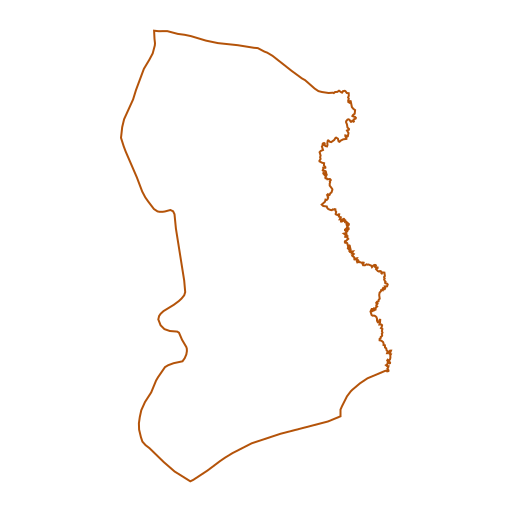 the district of Phrai Bueng, Si Sa Ket, Thailand
{"feature_id": "78962969B56904168691236", "entity_name": "Phrai Bueng", "entity_type": "district", "adm_level": 2, "iso_a3": "THA", "parent_name": "Thailand", "parent_adm1": "Si Sa Ket", "projection": "orthographic", "projection_center": [104.4, 14.768], "detail": "fine", "context": "isolated", "style": "outline", "palette": "amber", "viewbox_px": 512, "rotation_deg": 0, "n_neighbors": 0, "source": "geoboundaries", "source_scale": "gbopen_adm2", "svg_char_len": 6083}
<svg xmlns="http://www.w3.org/2000/svg" viewBox="0 0 512 512"><path d="M190.3,481.3L193.2,479.9L207.4,470.6L220.3,460.9L225.3,457.5L232.5,453.1L251.7,443.3L280.4,433.8L327.9,421.5L340.5,416.3L340.5,409.6L342.0,406.2L347.0,396.3L350.7,391.4L352.4,389.7L360.0,383.3L367.5,378.3L384.6,371.1L386.3,370.6L387.1,371.4L388.4,371.1L388.5,370.3L387.4,368.6L388.2,367.4L388.5,366.2L387.0,366.1L386.0,365.2L387.2,364.5L387.7,362.7L388.4,362.6L389.5,363.4L390.0,363.2L390.1,362.7L389.4,361.6L387.7,361.2L387.2,360.5L387.7,359.7L389.1,360.5L390.0,359.3L390.4,357.7L390.3,355.3L390.9,354.2L389.5,353.8L389.4,353.4L390.1,352.9L391.0,350.6L390.1,350.6L387.5,353.2L387.1,353.2L387.8,351.4L386.6,350.4L386.2,348.3L385.0,347.5L384.9,345.3L383.5,345.0L383.6,343.6L383.1,342.1L381.4,340.7L379.6,340.3L379.6,338.9L380.7,338.0L380.8,336.9L381.8,336.2L382.2,335.2L381.8,333.8L382.5,332.7L381.9,331.1L382.4,329.0L381.0,328.1L381.6,327.4L382.1,325.2L381.4,324.5L379.4,324.5L380.0,322.6L380.2,319.8L379.8,319.7L379.3,320.3L378.9,322.2L377.8,322.3L377.0,320.7L377.0,318.8L376.4,317.1L375.3,316.1L374.1,315.6L372.6,315.7L371.6,315.0L370.5,311.5L370.8,310.9L372.3,311.2L372.8,310.9L372.6,310.3L371.4,309.6L371.7,309.0L373.2,309.0L373.7,310.0L374.3,310.3L374.7,310.1L374.7,309.7L374.0,308.8L374.1,308.4L375.6,309.1L375.8,307.6L377.1,306.5L376.3,305.8L376.3,305.2L377.6,303.6L377.4,303.2L376.5,303.3L376.2,302.9L377.1,301.7L378.5,301.3L378.7,299.8L379.7,298.7L379.2,295.0L379.6,292.6L380.9,291.3L381.2,290.1L382.7,290.3L382.7,288.6L383.2,287.9L383.9,288.1L384.1,289.3L384.7,289.2L385.3,287.9L384.8,286.4L387.1,286.3L387.7,284.4L387.1,283.7L385.3,283.2L385.1,282.7L385.5,281.6L384.7,280.8L384.1,279.3L384.7,278.4L384.1,277.5L384.1,276.9L384.9,276.0L384.4,272.6L382.4,272.4L381.8,273.5L381.3,273.1L381.3,272.0L380.8,271.2L379.9,271.0L379.1,271.6L377.9,271.1L376.0,269.1L376.3,268.5L377.6,268.0L377.6,267.5L375.4,267.2L374.9,266.8L375.0,266.3L375.9,265.5L375.6,265.0L374.7,264.9L373.6,265.3L372.0,267.1L371.4,265.7L368.5,264.5L367.5,264.7L366.6,264.3L364.9,265.3L363.1,265.2L362.6,264.0L363.7,262.9L363.7,262.7L362.7,262.5L361.9,262.9L360.3,262.2L359.4,262.2L358.4,260.8L358.0,262.2L357.3,262.4L356.9,261.3L357.7,260.2L356.1,259.5L356.8,258.3L355.5,258.5L354.8,259.5L354.4,259.4L354.3,257.8L353.8,256.8L352.6,256.2L352.2,255.6L353.8,254.0L353.1,253.5L351.7,253.5L351.8,252.7L352.9,251.4L351.6,251.5L350.7,252.1L350.0,252.0L349.5,251.3L350.5,250.5L350.6,249.6L349.7,249.3L349.1,249.7L347.8,248.2L348.2,247.2L350.2,247.9L349.7,245.6L349.3,245.4L347.9,245.8L347.2,243.1L346.6,242.8L345.2,242.8L344.8,242.0L345.0,241.2L346.0,240.9L348.2,238.9L347.4,238.0L347.4,236.4L345.7,236.9L345.2,236.8L345.6,235.4L346.8,235.5L346.5,234.4L345.9,234.2L345.2,234.6L343.9,233.6L346.3,233.0L346.0,231.0L345.0,230.3L345.0,229.9L345.9,229.9L346.7,231.1L347.3,231.2L347.5,230.6L346.6,229.3L348.2,229.5L348.7,229.1L348.6,228.2L346.8,227.8L348.1,225.7L347.5,225.1L346.8,225.3L346.4,223.7L347.3,223.5L347.5,224.3L348.2,224.8L348.8,224.7L348.9,224.1L346.1,221.6L345.1,221.9L345.2,220.7L344.2,220.8L344.7,219.8L344.0,218.9L343.4,218.9L342.9,219.6L342.0,219.5L341.8,220.3L342.4,220.7L342.5,221.1L341.8,221.6L341.0,221.5L341.2,219.5L339.7,219.4L340.8,217.3L338.9,216.6L339.2,214.3L338.5,214.3L337.9,215.1L336.2,214.6L335.6,214.0L336.2,211.9L335.5,210.8L335.4,209.3L334.5,209.1L333.7,209.6L332.7,209.4L331.8,210.2L330.3,209.9L328.2,209.0L327.1,207.7L326.8,206.5L323.2,206.0L321.7,204.6L325.0,201.7L325.5,199.6L326.7,200.0L327.8,198.8L328.2,197.2L327.6,196.8L327.8,195.9L327.1,195.0L327.9,194.2L329.1,195.1L329.5,195.0L330.3,193.3L331.5,192.4L332.4,189.7L332.2,188.9L329.7,185.6L329.7,183.5L330.1,182.4L329.8,181.3L330.7,180.4L330.7,179.8L329.9,179.0L327.3,179.3L326.9,178.5L325.5,178.3L325.3,177.7L326.6,175.0L326.2,174.8L325.0,175.5L323.3,173.5L323.4,173.0L323.9,172.9L325.6,173.7L326.3,173.6L325.8,171.4L324.9,170.9L323.2,170.8L322.7,170.3L323.3,169.1L323.2,167.7L325.3,167.8L325.4,167.2L323.9,165.4L324.1,163.2L322.2,162.8L319.5,161.4L319.4,160.8L320.6,158.9L320.1,157.2L320.6,155.6L319.6,152.2L320.8,150.9L323.0,150.0L321.9,146.5L322.6,145.5L322.6,144.0L323.1,143.3L324.1,143.0L324.6,143.3L324.8,144.0L324.3,144.6L324.3,145.1L325.6,146.1L327.0,146.4L327.5,145.0L327.3,143.4L327.7,140.8L328.0,140.4L328.4,140.4L329.9,141.8L331.2,142.1L334.2,140.0L335.5,137.9L336.1,137.6L337.9,138.7L338.6,141.4L339.5,141.8L340.7,140.6L343.3,139.3L346.4,138.9L346.4,138.1L345.4,136.4L345.3,135.4L345.8,135.4L347.2,136.6L347.8,136.3L348.5,133.0L347.0,130.5L348.9,129.7L349.0,129.0L347.5,127.5L346.9,124.2L346.1,122.4L346.1,121.3L347.5,119.6L348.4,119.3L349.4,119.7L350.8,121.8L351.3,121.8L352.1,120.9L353.6,121.7L353.9,121.4L353.5,120.4L353.6,119.5L355.6,118.6L355.9,117.9L355.0,116.9L353.5,116.6L352.4,116.0L353.0,115.0L354.7,113.7L355.1,110.1L353.4,108.9L351.9,107.1L350.7,101.2L350.2,101.1L349.5,102.7L348.3,102.0L348.2,100.4L348.8,98.8L348.1,97.4L348.8,95.8L348.7,93.2L346.8,93.0L345.4,91.1L344.7,90.8L342.9,91.2L342.2,92.6L341.6,92.5L339.0,90.7L337.3,91.9L335.1,92.0L333.8,93.1L332.9,92.7L328.6,93.0L321.9,92.0L318.4,91.1L314.7,88.6L305.0,80.1L301.9,78.4L291.8,71.0L272.5,55.8L267.1,52.6L264.4,51.6L257.8,48.1L254.0,47.8L237.8,45.2L217.9,43.1L205.9,40.6L190.9,36.1L184.7,34.8L177.8,33.9L167.2,31.1L158.6,31.2L154.1,30.7L154.5,38.9L155.0,43.3L154.8,45.5L152.7,53.4L149.3,59.8L143.9,68.8L136.0,90.0L133.1,99.4L124.1,119.2L122.2,127.1L121.0,137.8L123.7,146.3L125.7,151.6L136.9,177.5L142.2,191.5L145.3,197.4L148.2,201.5L153.9,209.0L157.5,211.4L159.5,211.8L162.7,211.8L164.8,211.5L170.4,210.0L173.1,211.3L174.5,214.2L175.9,228.5L184.2,280.6L185.2,292.1L184.2,295.3L181.5,298.6L178.8,301.1L173.8,304.8L163.5,311.1L160.6,313.8L159.1,316.0L158.3,319.4L160.6,325.3L164.4,329.1L169.8,331.0L177.2,331.6L179.0,332.7L182.0,339.7L186.3,347.0L186.8,348.6L186.9,351.1L186.3,354.5L184.7,358.2L182.5,361.3L173.6,363.2L168.2,365.2L165.0,367.1L158.1,377.1L156.1,380.5L151.2,392.4L145.0,402.0L141.3,410.2L139.8,417.0L138.9,423.3L139.1,429.6L140.9,437.1L142.4,441.6L145.6,445.2L149.4,448.1L163.9,462.2L174.6,471.5L190.3,481.3Z" fill="none" stroke="#b45309" stroke-width="2"/></svg>